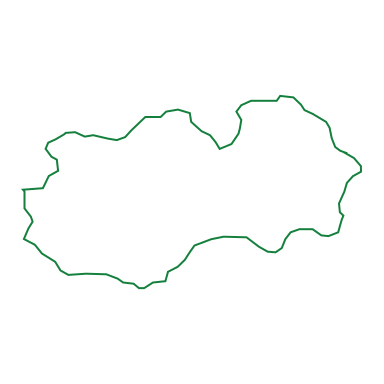 outline of Tingsryd, Kronoberg, Sweden
{"feature_id": "70781695B44136897167596", "entity_name": "Tingsryd", "entity_type": "district", "adm_level": 2, "iso_a3": "SWE", "parent_name": "Sweden", "parent_adm1": "Kronoberg", "projection": "natural_earth1", "projection_center": [15.01, 56.562], "detail": "fine", "context": "isolated", "style": "outline", "palette": "green", "viewbox_px": 384, "rotation_deg": 0, "n_neighbors": 0, "source": "geoboundaries", "source_scale": "gbopen_adm2", "svg_char_len": 1344}
<svg xmlns="http://www.w3.org/2000/svg" viewBox="0 0 384 384"><path d="M67.5,274.4L68.4,274.9L86.0,273.7L106.3,274.3L117.8,278.7L123.1,282.5L133.6,283.7L138.9,288.1L144.2,288.1L153.0,282.5L165.4,281.2L168.0,271.8L177.7,266.8L184.8,259.9L190.1,251.7L194.5,245.5L211.3,239.2L223.6,236.7L246.5,237.3L258.9,246.7L267.7,251.7L275.6,252.3L281.8,248.0L285.3,239.2L290.6,232.3L299.4,229.2L312.6,229.2L321.4,235.4L328.5,236.1L338.2,232.3L339.9,226.1L341.7,219.8L343.4,215.6L339.9,212.3L339.0,203.5L344.3,191.7L346.9,182.9L353.0,176.1L361.0,171.7L360.9,166.1L353.9,158.0L345.1,153.0L345.6,152.7L340.3,150.8L335.2,147.0L331.7,138.1L329.6,127.8L326.1,121.9L312.9,114.0L304.5,110.1L301.0,104.7L293.4,97.4L280.2,95.9L276.7,100.8L262.8,100.8L256.9,100.8L251.0,100.8L241.3,105.2L236.4,111.6L241.3,119.9L239.9,128.3L238.5,133.7L231.5,144.0L219.7,148.9L215.5,142.0L210.0,135.2L201.6,131.2L196.1,126.3L191.2,121.9L189.8,113.1L178.0,109.6L166.2,111.6L160.6,117.0L145.3,117.0L131.4,130.3L125.2,137.1L116.8,140.1L107.8,138.6L93.2,135.2L84.8,136.6L75.1,132.2L65.7,132.9L64.2,134.3L55.5,139.4L48.2,142.7L45.6,148.8L51.5,156.8L56.8,159.6L58.1,170.8L48.8,176.0L42.9,188.2L23.0,189.7L24.5,191.5L24.5,208.4L30.9,216.7L32.6,221.7L28.5,228.3L23.9,239.0L27.9,241.1L34.9,244.8L42.0,253.6L55.2,261.8L60.5,270.5L67.5,274.4Z" fill="none" stroke="#15803d" stroke-width="2"/></svg>